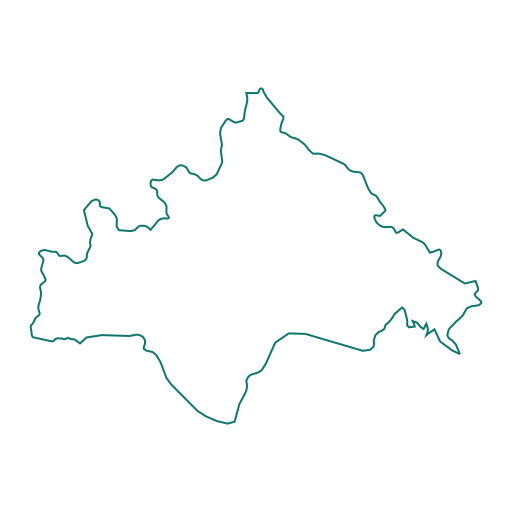 map outline of Sisacko-Moslavacka (orthographic projection)
{"feature_id": "HRV-1587", "entity_name": "Sisacko-Moslavacka", "entity_type": "County", "adm_level": 1, "iso_a3": "HRV", "parent_name": "Croatia", "parent_adm1": "", "projection": "orthographic", "projection_center": [16.353, 45.412], "detail": "fine", "context": "isolated", "style": "outline", "palette": "teal", "viewbox_px": 512, "rotation_deg": 0, "n_neighbors": 0, "source": "natural_earth", "source_scale": "10m", "svg_char_len": 4597}
<svg xmlns="http://www.w3.org/2000/svg" viewBox="0 0 512 512"><path d="M408.8,327.3L407.1,325.1L407.3,321.6L406.8,318.4L404.5,309.8L402.1,307.5L394.3,314.2L393.4,316.1L391.1,319.5L388.1,322.9L385.8,324.4L384.3,328.9L381.4,330.9L378.2,332.3L375.4,335.2L373.8,340.1L374.0,343.6L373.6,346.6L370.0,349.8L362.7,350.8L305.4,333.9L288.7,333.4L275.2,342.7L265.8,363.7L261.9,369.9L258.8,372.2L251.3,374.6L248.6,376.4L246.4,380.2L246.5,382.5L247.1,385.2L246.5,389.9L245.2,393.2L239.3,404.2L236.2,415.9L234.6,421.7L227.6,423.6L216.9,421.1L205.9,416.3L197.8,411.2L171.5,384.8L166.5,378.1L160.5,362.1L156.1,354.8L152.5,352.0L146.2,350.6L143.7,348.7L143.9,346.8L145.0,343.9L145.1,340.3L142.6,336.6L139.2,334.9L136.1,334.7L129.5,336.0L102.0,335.1L86.4,337.5L80.0,343.4L79.9,343.3L75.0,339.8L73.9,339.3L72.7,339.1L71.4,339.1L70.4,338.9L69.7,338.6L69.0,338.1L68.3,337.8L67.6,337.9L65.0,339.2L64.0,339.2L62.9,338.8L61.1,338.4L57.0,338.4L56.0,338.8L55.1,339.4L53.5,341.0L52.7,341.3L51.9,341.4L33.2,337.3L32.3,336.4L31.6,334.5L31.4,331.2L30.9,328.9L30.7,327.0L30.9,325.5L32.3,324.1L34.2,321.0L35.4,318.2L39.2,314.9L39.7,313.9L39.4,312.2L38.9,310.7L38.4,308.9L38.3,307.0L38.7,304.9L40.1,300.1L40.6,297.7L40.9,295.2L41.0,292.7L40.7,290.5L40.2,288.5L40.1,286.5L40.7,284.8L45.2,281.1L45.5,280.3L45.5,279.2L44.6,277.0L43.7,275.1L42.0,272.4L41.4,271.0L41.1,269.7L41.4,267.6L43.3,260.9L43.3,259.3L42.6,257.9L40.0,255.3L38.9,253.9L39.1,252.5L40.7,251.0L44.6,249.9L52.1,251.8L55.9,251.8L57.1,252.7L59.0,255.6L60.4,256.0L63.3,255.6L65.2,255.7L67.7,257.0L70.2,259.0L72.7,261.3L74.1,262.4L75.9,263.1L78.1,262.9L83.9,261.0L85.8,259.6L86.8,257.5L86.9,253.7L89.8,247.8L90.6,245.7L89.9,242.4L90.4,239.6L90.9,237.8L91.9,235.5L92.2,233.6L90.7,231.3L89.3,228.4L87.8,226.1L83.9,210.1L91.6,201.0L95.8,199.4L97.4,199.8L98.6,200.5L99.5,201.5L99.9,202.8L99.9,204.3L99.7,205.6L100.7,206.6L101.6,207.1L109.4,208.5L115.3,215.3L116.8,218.6L116.9,219.9L116.8,221.3L116.6,226.3L118.9,230.2L130.9,231.1L135.0,230.0L137.2,227.7L139.4,226.0L141.6,225.7L144.5,225.9L146.7,226.6L147.9,227.3L150.5,229.9L158.6,220.2L160.5,219.1L164.0,218.2L167.6,218.6L168.5,218.2L168.9,217.5L168.4,216.3L167.8,215.5L166.8,214.2L166.4,212.5L166.5,206.5L165.7,204.3L164.1,202.1L159.2,198.2L158.2,197.0L157.5,195.6L157.2,194.0L157.1,191.0L156.5,189.6L155.1,188.6L152.6,187.6L151.5,187.0L150.8,185.8L150.5,183.7L150.7,181.7L151.5,180.3L152.9,179.6L159.1,180.4L161.8,180.0L163.9,179.0L172.1,172.4L176.8,167.1L177.9,166.2L179.7,165.4L181.3,165.3L183.5,165.8L186.5,167.6L188.7,171.6L189.7,173.0L190.9,173.5L193.8,173.9L195.7,174.7L197.9,176.1L199.8,178.2L202.2,180.1L205.3,180.7L213.0,177.6L216.8,174.1L222.3,162.2L220.8,150.2L222.0,144.9L220.1,134.0L220.5,130.1L221.3,127.3L225.9,120.4L227.3,119.1L228.8,119.0L233.6,121.9L235.6,122.5L236.5,122.5L242.0,120.9L243.1,120.2L243.7,119.3L243.9,118.6L245.0,110.5L247.0,102.2L247.3,99.7L247.3,97.9L247.0,96.1L246.3,93.0L257.8,93.1L258.3,92.5L259.5,89.6L259.8,89.1L260.3,88.7L261.1,88.4L262.1,88.7L262.9,89.5L263.6,92.0L266.9,97.6L279.0,112.1L283.3,116.6L283.3,119.1L282.1,121.6L281.2,124.6L280.2,129.6L280.5,131.5L281.5,132.3L283.5,132.6L286.0,133.5L289.2,136.0L291.6,137.4L294.8,138.2L298.5,139.7L304.9,144.7L309.2,150.3L311.9,152.7L313.3,153.7L318.7,153.6L324.5,154.9L343.9,164.0L345.4,165.3L348.5,169.3L350.5,170.7L353.2,171.6L360.1,172.4L361.9,173.7L363.0,175.4L367.2,186.1L368.4,188.8L370.7,192.6L372.4,194.1L374.9,195.1L375.9,195.7L376.6,196.4L379.4,201.0L383.6,206.5L385.1,208.9L385.5,210.4L380.5,215.7L379.1,215.8L378.2,215.7L377.3,215.4L376.4,215.3L375.5,215.3L374.7,215.5L374.3,216.6L374.5,218.2L376.2,222.0L378.3,224.2L380.6,226.0L382.8,226.8L385.3,227.2L391.0,226.8L393.0,227.7L394.2,229.2L395.6,232.1L396.6,232.8L398.1,232.5L402.9,229.4L413.2,237.7L422.9,242.5L424.6,244.1L425.1,244.8L429.9,252.6L433.4,251.7L437.3,250.0L438.6,249.6L439.8,249.8L440.8,250.8L441.3,253.1L441.0,255.3L440.4,256.9L439.1,259.1L437.7,261.8L437.5,263.3L437.6,265.0L438.2,266.3L441.2,269.0L464.8,283.5L475.5,281.0L478.0,287.9L478.1,289.5L477.6,290.9L476.1,292.2L475.1,293.4L474.7,294.8L476.0,296.8L480.1,300.4L481.0,301.4L481.3,302.7L480.8,303.6L478.9,305.1L475.4,305.8L472.9,306.0L471.3,306.3L467.9,307.8L467.0,308.3L466.0,309.7L462.7,315.6L458.3,319.8L456.8,320.9L449.4,328.6L448.6,329.9L448.2,331.1L447.4,335.0L447.9,336.7L449.1,338.4L452.0,340.3L455.8,344.4L459.9,354.0L460.0,354.1L452.4,350.6L440.1,341.5L434.4,329.3L432.6,330.7L428.1,333.7L426.4,335.2L427.6,331.8L427.9,329.3L427.4,326.9L426.3,323.7L423.6,329.0L420.5,326.9L417.0,322.6L412.7,321.1L414.0,323.8L414.7,326.6L408.8,327.3Z" fill="none" stroke="#0f766e" stroke-width="2"/></svg>